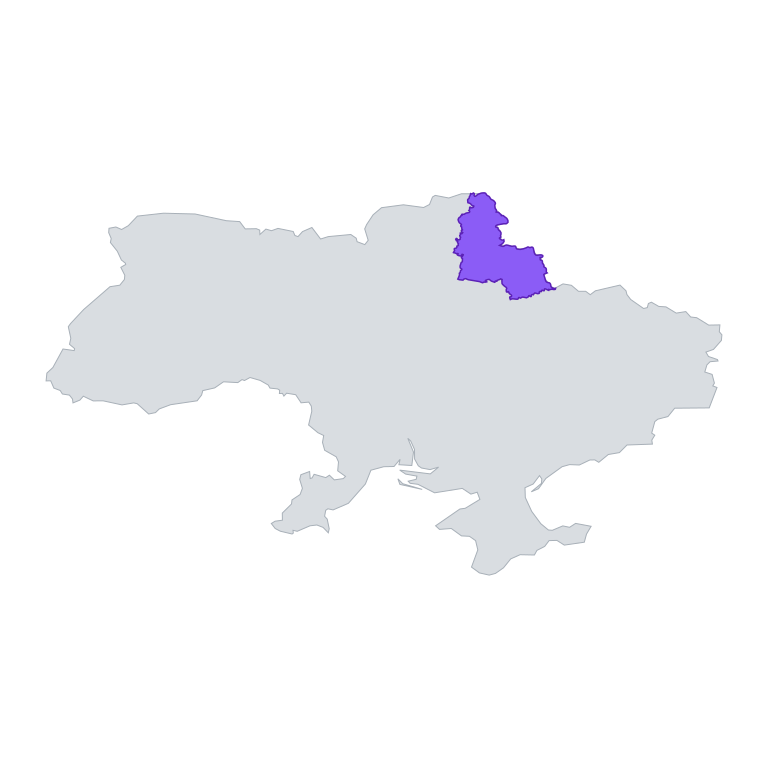 location of Sumy within Ukraine
{"feature_id": "UKR-325", "entity_name": "Sumy", "entity_type": "Region", "adm_level": 1, "iso_a3": "UKR", "parent_name": "Ukraine", "parent_adm1": "", "projection": "natural_earth1", "projection_center": [34.032, 51.234], "detail": "fine", "context": "in_parent", "style": "filled", "palette": "violet", "viewbox_px": 768, "rotation_deg": 0, "n_neighbors": 0, "source": "natural_earth", "source_scale": "10m", "svg_char_len": 9642}
<svg xmlns="http://www.w3.org/2000/svg" viewBox="0 0 768 768"><path d="M531.7,511.4L540.8,523.7L548.4,530.0L552.3,530.3L562.8,525.9L569.6,527.3L575.6,523.4L591.1,526.3L586.5,534.1L584.3,542.2L564.3,545.1L556.9,540.4L549.1,540.6L544.7,546.4L536.9,550.4L534.4,555.0L520.1,554.7L510.7,558.9L503.5,567.8L495.5,573.4L489.2,575.1L479.4,572.9L471.5,567.1L477.8,549.9L475.6,540.6L469.4,536.3L461.5,535.9L451.3,528.5L439.5,529.4L435.6,525.8L459.9,509.0L465.2,508.3L479.9,499.4L477.2,492.2L470.9,494.1L462.3,488.4L434.6,492.8L417.9,484.3L410.1,483.3L408.2,481.2L416.2,479.3L416.9,476.1L405.7,474.1L399.7,470.1L430.3,473.9L438.6,467.1L430.1,469.6L421.5,468.0L418.3,465.8L414.6,459.0L414.5,449.4L410.7,441.0L407.8,438.3L413.5,452.1L411.8,465.5L398.9,464.7L400.1,459.3L394.0,466.5L383.8,466.7L370.9,470.2L365.4,484.0L348.4,503.3L333.1,509.9L327.9,508.8L325.7,510.3L324.6,516.3L327.2,519.1L329.2,528.7L328.3,532.8L323.1,527.4L316.9,525.0L310.0,525.8L297.2,531.3L293.0,530.3L293.3,533.1L292.1,534.0L280.3,531.2L275.2,528.5L271.3,523.5L275.1,521.2L282.4,520.2L282.3,513.1L291.5,504.0L292.0,499.9L300.1,494.5L302.4,488.3L299.7,479.4L300.9,474.7L309.6,471.5L310.2,478.5L312.1,477.9L314.1,474.3L325.8,477.6L329.4,475.2L334.3,479.9L343.3,478.6L345.5,476.4L337.7,470.8L338.5,461.9L336.2,456.8L324.7,450.3L322.5,442.4L323.7,435.5L317.9,432.7L308.6,425.0L311.8,411.2L311.3,406.1L308.8,402.1L301.1,402.8L295.7,394.7L286.6,393.2L283.9,396.1L282.5,393.4L279.4,393.5L279.7,390.2L277.6,388.9L270.0,388.1L268.2,385.0L260.1,380.4L250.0,377.5L244.5,380.5L242.0,379.6L237.8,382.6L223.5,381.8L214.7,387.9L202.8,390.6L201.6,395.0L197.1,400.8L170.6,404.7L159.3,408.9L155.5,412.6L148.7,414.0L137.2,403.7L133.7,402.9L122.0,404.9L103.0,400.8L93.2,400.9L83.3,396.2L79.9,400.1L73.0,402.9L72.5,399.0L69.4,395.1L62.4,394.0L60.2,390.5L53.9,388.1L50.7,380.8L46.1,380.9L46.9,373.1L52.9,367.5L63.0,349.0L74.2,350.6L74.6,348.6L69.5,344.3L70.8,338.3L68.3,326.7L70.6,323.5L83.7,309.5L110.0,286.7L119.8,285.2L124.4,279.5L124.8,275.3L120.8,267.3L125.7,264.5L125.4,263.2L121.4,260.0L117.3,251.2L110.4,242.5L111.2,238.5L108.7,232.6L109.0,228.3L115.9,227.0L121.6,229.5L128.3,225.7L137.4,216.1L163.5,213.2L195.1,214.0L226.2,220.7L239.7,221.6L245.2,228.9L256.4,228.7L259.7,230.1L259.9,234.5L265.9,229.1L271.5,230.7L278.0,228.4L293.2,231.5L294.9,235.5L298.0,236.6L302.5,231.6L311.9,227.5L320.6,239.0L328.3,236.6L350.8,234.5L356.2,238.2L357.1,241.7L364.8,244.6L368.2,240.3L364.7,228.9L366.6,224.6L373.1,214.8L381.5,207.7L403.4,204.8L423.6,207.5L429.5,204.5L432.5,197.0L435.2,195.4L448.8,198.0L461.4,193.8L483.0,193.6L489.8,198.0L496.9,210.8L507.4,220.2L506.7,223.3L497.2,225.0L497.0,226.6L500.1,230.9L501.2,240.0L502.9,241.1L500.6,245.1L510.9,245.9L519.1,249.0L532.1,247.5L535.6,254.3L541.3,255.1L541.4,259.5L546.1,270.1L544.4,275.6L545.1,279.0L551.9,287.1L555.0,288.2L563.0,283.9L571.4,285.3L578.5,291.3L585.7,291.3L590.2,294.7L595.4,290.8L620.0,285.1L626.0,290.8L626.9,294.5L630.7,299.5L643.6,308.5L647.3,307.6L648.4,303.5L651.4,302.2L658.7,306.4L666.0,306.9L676.2,313.1L685.8,311.6L690.7,317.0L696.7,317.7L708.7,325.1L719.9,324.9L719.3,331.8L721.9,334.8L721.4,340.4L713.5,349.4L705.9,352.1L708.5,356.5L717.5,359.6L718.0,361.0L710.1,361.7L706.9,364.9L704.8,372.0L712.1,374.4L714.4,383.1L712.8,385.9L717.0,387.5L709.2,407.9L674.7,408.2L668.0,416.5L657.8,419.2L654.8,421.6L651.7,433.1L654.8,435.2L651.8,440.1L652.4,444.1L627.0,445.0L619.4,452.6L608.3,454.5L598.8,462.3L594.8,459.9L589.8,460.0L579.3,465.0L569.6,464.6L562.1,466.7L545.9,478.4L538.5,488.7L531.3,491.8L541.4,483.4L541.8,478.9L539.5,475.6L533.2,484.0L525.0,487.7L525.3,497.5L531.7,511.4ZM422.2,489.4L399.9,484.4L397.9,478.8L402.7,483.7L422.2,489.4Z" fill="#d9dde1" stroke="#a8b0b8" stroke-width="1"/><path d="M482.9,192.9L484.6,192.9L485.5,193.2L485.9,193.6L486.2,194.2L486.8,195.1L487.5,195.6L489.0,196.4L489.7,197.2L490.6,198.8L491.1,199.3L493.5,200.5L494.1,201.1L494.7,201.8L495.3,202.8L495.4,203.3L495.4,203.8L494.8,204.9L495.0,207.5L495.2,208.4L495.7,209.2L496.4,210.2L496.5,211.0L496.3,211.7L496.2,212.1L498.1,212.2L498.8,212.6L500.2,214.0L501.1,214.6L501.3,215.6L501.8,215.7L502.5,215.5L502.9,215.5L503.5,215.8L504.8,216.9L505.5,217.3L506.9,218.5L507.9,220.4L508.0,222.3L506.6,223.6L505.9,223.8L503.7,223.7L497.4,224.9L496.0,225.6L495.6,226.7L496.0,227.2L497.3,227.5L497.9,227.8L498.0,228.1L498.2,229.1L498.3,229.5L498.6,229.9L500.2,231.3L500.6,232.0L501.0,232.8L501.0,233.8L501.0,234.3L500.5,235.6L500.6,236.1L500.8,236.9L500.7,237.4L500.4,237.7L499.6,237.8L499.4,238.1L499.6,238.5L499.9,238.9L500.7,239.5L501.8,240.0L503.1,240.1L503.8,239.7L504.1,241.3L503.2,242.9L501.7,244.2L499.6,245.4L502.2,246.3L503.1,246.4L503.8,246.2L505.2,245.3L506.4,245.0L507.8,245.2L511.7,246.3L514.1,246.0L515.2,246.1L515.7,246.5L516.1,247.9L516.5,248.6L517.0,249.0L517.7,249.2L520.4,249.4L523.0,248.9L526.0,247.9L527.7,247.0L528.3,247.0L529.7,247.6L530.4,247.5L531.1,247.2L531.9,247.1L532.6,247.3L533.1,247.8L533.4,248.5L534.3,252.8L535.1,254.4L536.1,255.2L537.4,255.3L539.9,254.9L541.2,254.9L541.9,255.1L542.6,255.4L542.9,256.0L542.6,256.8L542.1,257.2L540.1,257.5L540.2,258.0L540.2,259.3L540.3,259.8L540.6,260.1L541.5,260.3L542.0,260.5L542.4,261.2L542.4,263.0L542.7,263.6L543.5,264.5L543.8,265.1L543.9,265.7L543.8,266.3L543.9,266.8L544.4,267.2L545.3,267.7L545.7,268.0L546.1,268.4L546.4,269.8L546.3,271.0L546.3,272.0L547.2,272.9L544.4,274.0L543.8,274.5L543.9,275.1L545.7,280.9L546.5,282.0L547.7,282.5L549.3,282.8L550.0,283.3L550.5,284.1L550.8,285.2L550.8,286.1L551.1,286.8L551.9,287.5L553.4,288.3L554.1,288.5L554.9,288.5L555.6,288.3L555.5,288.8L555.4,289.1L555.1,289.4L554.5,289.5L553.2,289.5L552.0,289.2L551.4,289.3L550.8,289.5L549.7,289.6L548.5,289.4L548.3,289.5L548.8,290.2L548.8,290.4L548.6,290.4L548.3,290.3L545.7,289.0L544.9,288.8L544.5,289.0L544.4,289.3L544.4,290.4L544.2,290.7L543.8,290.8L542.4,290.2L541.8,290.3L541.4,290.7L541.3,290.9L541.3,291.1L541.5,291.3L541.4,291.5L541.0,291.7L539.9,291.5L539.6,291.6L539.2,292.1L539.2,292.3L539.4,293.1L539.2,293.3L538.9,293.5L537.6,293.7L537.2,293.6L535.9,293.2L534.9,293.0L534.7,293.1L534.0,293.7L533.4,294.8L533.2,294.8L532.4,294.5L531.8,294.7L531.3,295.2L531.2,295.5L531.3,296.2L531.1,296.5L530.9,296.6L530.5,296.5L529.6,296.0L529.2,295.6L528.8,295.7L528.3,296.8L528.1,297.0L526.5,297.8L523.0,297.1L522.0,297.2L521.1,297.8L520.4,298.1L520.2,298.1L519.2,297.5L518.9,297.5L518.5,297.8L518.2,298.8L517.9,299.0L517.6,299.2L516.3,299.2L512.7,298.8L511.4,299.0L510.5,299.6L510.3,299.6L510.2,299.3L510.2,298.7L509.8,298.2L509.7,297.9L509.7,297.7L509.8,297.1L510.0,296.8L510.9,296.8L511.3,296.5L511.4,296.4L511.6,296.0L511.6,295.6L511.5,295.3L511.1,294.8L509.8,294.0L509.5,293.7L509.3,293.1L508.9,292.9L508.7,292.0L508.5,291.8L508.1,291.6L507.7,291.7L507.1,292.2L506.9,292.1L506.4,291.7L506.3,291.2L506.2,289.8L506.4,289.2L506.7,288.6L506.7,288.2L506.5,287.8L506.1,287.3L504.4,286.1L503.2,285.0L502.3,284.0L502.0,283.4L502.0,283.0L501.9,280.6L502.1,279.5L501.8,279.3L500.4,278.9L500.1,279.3L499.9,279.5L499.6,279.6L498.8,279.7L498.0,280.1L497.2,280.3L497.0,280.5L497.1,280.9L497.0,281.1L496.9,281.2L496.7,281.3L495.6,281.0L495.3,281.2L495.0,281.4L494.9,281.6L495.0,282.1L494.9,282.2L494.7,282.3L491.6,281.2L490.4,280.4L489.5,279.5L488.9,279.4L487.6,279.6L485.7,280.3L485.5,280.6L485.4,280.7L485.5,280.9L486.6,281.5L486.8,281.8L485.9,282.1L484.4,282.1L483.3,282.3L482.9,282.7L482.7,282.7L482.3,282.7L479.5,281.6L468.2,279.7L466.9,279.2L466.1,278.7L465.2,278.7L464.2,279.0L463.6,279.4L463.2,280.0L462.7,280.1L459.2,279.7L457.8,279.1L459.1,276.1L459.4,275.0L459.5,274.2L459.3,273.6L459.4,273.1L460.2,272.6L460.3,272.2L460.4,270.9L460.8,270.4L461.3,270.0L461.7,269.7L461.8,269.4L461.8,269.1L461.7,268.9L460.7,268.3L460.2,267.8L460.1,266.9L460.1,266.0L460.2,265.5L461.1,262.8L461.3,262.4L461.9,262.1L462.3,261.7L462.4,261.1L462.4,259.5L462.5,259.0L462.5,258.7L461.5,257.9L461.4,257.7L461.4,257.3L462.4,256.3L463.3,254.9L463.3,254.7L463.1,254.6L462.1,254.3L461.2,255.7L460.9,256.0L460.7,256.0L458.7,255.6L457.6,255.1L457.3,254.8L457.2,254.7L457.3,254.5L458.0,254.0L458.1,253.7L457.8,253.5L456.9,253.6L456.4,253.6L455.0,253.0L453.6,252.7L453.4,252.6L453.5,252.3L454.4,251.0L454.6,250.5L454.3,249.7L454.3,248.7L454.5,248.5L456.4,248.0L456.5,247.9L456.8,247.4L456.8,246.6L456.9,246.1L458.0,245.7L458.3,245.4L458.3,245.0L458.1,244.4L458.1,244.2L458.4,243.7L457.7,242.9L457.5,242.6L457.8,241.7L457.7,241.3L457.5,241.0L456.7,241.0L456.5,240.9L455.8,239.5L455.7,239.2L455.8,239.1L456.2,238.5L456.5,238.4L457.0,238.6L457.5,239.5L458.0,239.7L458.7,239.8L459.5,239.7L460.0,239.4L460.3,239.0L460.1,238.1L460.2,237.8L460.6,237.2L459.9,236.3L459.7,235.6L459.8,235.2L460.2,234.9L460.6,234.4L460.6,234.1L460.2,233.1L460.3,233.0L461.9,233.6L462.7,232.7L461.6,231.8L461.4,231.3L461.3,230.7L461.4,230.4L461.6,230.2L462.4,230.0L462.5,229.9L462.4,229.6L461.9,229.2L461.6,226.9L460.9,226.5L460.8,226.0L460.8,225.5L461.4,224.9L461.4,224.4L459.4,222.8L459.2,222.4L458.9,222.1L458.3,220.6L458.1,219.6L458.5,218.5L459.1,217.6L459.6,217.3L460.3,216.9L461.1,215.5L462.0,215.3L462.0,215.0L461.8,214.4L462.5,214.2L464.1,214.3L465.9,213.2L466.4,213.0L467.3,212.9L469.3,212.4L469.7,211.8L469.7,211.3L469.1,210.5L468.9,210.4L469.3,209.9L469.6,209.4L469.6,207.7L469.8,207.2L470.2,207.1L470.7,207.7L471.3,207.8L472.2,207.7L473.2,207.4L473.4,207.2L473.7,206.7L473.8,206.2L473.7,205.9L472.2,205.7L471.7,205.0L471.3,204.7L470.7,203.9L469.8,203.3L467.9,202.7L467.6,200.0L467.8,199.4L468.8,198.6L469.1,198.2L469.4,196.6L470.1,195.7L470.3,194.7L470.7,193.6L471.4,193.9L472.0,193.9L473.0,193.2L473.6,193.0L474.3,193.8L474.1,195.6L474.7,196.3L475.5,196.3L478.0,194.3L481.2,193.1L482.9,192.9Z" fill="#8b5cf6" stroke="#5b21b6" stroke-width="1.5"/></svg>